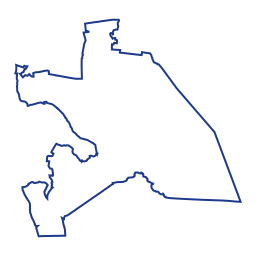 Sarichioi, Romania
{"feature_id": "2599482B95501245922169", "entity_name": "Sarichioi", "entity_type": "district", "adm_level": 2, "iso_a3": "ROU", "parent_name": "Romania", "parent_adm1": "", "projection": "robinson", "projection_center": [28.799, 44.916], "detail": "fine", "context": "isolated", "style": "outline", "palette": "blue", "viewbox_px": 256, "rotation_deg": 0, "n_neighbors": 0, "source": "geoboundaries", "source_scale": "gbopen_adm2", "svg_char_len": 5605}
<svg xmlns="http://www.w3.org/2000/svg" viewBox="0 0 256 256"><path d="M214.5,132.1L176.7,88.3L162.8,69.3L159.0,64.6L158.6,64.4L157.6,64.3L157.3,63.6L156.4,63.5L155.0,62.7L153.9,62.4L153.5,61.5L153.2,60.5L152.3,58.9L152.3,57.9L151.7,56.9L151.3,55.1L150.1,53.4L142.0,52.2L141.6,55.1L119.8,52.6L120.2,50.0L111.9,49.5L112.1,48.4L111.8,47.5L112.0,44.3L113.5,44.5L114.2,42.8L116.8,43.3L117.0,41.7L117.0,40.8L116.7,39.9L115.2,39.6L115.2,38.0L113.4,38.3L112.6,38.7L112.4,38.5L112.4,38.0L110.7,35.9L110.2,34.5L110.2,33.6L110.6,33.1L110.9,33.0L112.8,33.7L112.9,34.6L113.3,35.1L113.1,34.5L112.8,32.3L113.5,30.4L113.9,30.1L114.5,30.1L115.5,29.6L117.4,29.6L118.3,26.1L117.8,24.7L117.7,23.6L117.8,22.8L118.5,21.8L119.0,20.5L118.8,19.8L112.6,19.7L99.6,21.5L97.3,22.0L96.8,21.9L87.9,23.2L85.1,23.7L85.8,30.8L87.2,31.0L89.3,31.8L83.6,32.6L84.1,34.8L85.5,39.7L85.6,40.7L84.4,43.1L82.5,53.1L82.5,54.0L83.0,54.8L82.4,55.8L82.2,58.3L81.7,58.6L81.6,65.5L81.9,78.7L77.3,78.8L75.2,78.7L69.1,77.7L57.6,75.6L56.8,75.4L56.1,75.6L55.5,75.2L49.0,74.1L49.2,73.1L48.7,72.3L48.9,71.3L47.8,70.5L46.7,70.5L44.7,70.9L43.4,71.0L42.9,71.3L38.9,72.1L35.5,72.3L33.2,73.2L33.6,76.6L32.8,76.7L32.0,76.6L30.5,75.7L29.8,74.6L29.2,74.1L27.4,75.8L25.2,75.1L22.9,77.3L20.4,74.2L20.8,74.3L21.0,74.2L21.2,73.3L21.5,73.0L22.7,72.3L23.3,72.2L23.6,71.9L23.5,71.6L24.8,69.1L25.4,69.3L27.0,67.1L27.3,66.3L25.2,66.3L24.3,65.8L23.8,66.3L23.4,67.5L16.2,65.0L16.4,66.5L16.2,70.7L15.4,73.4L17.1,73.5L17.0,75.9L16.8,76.0L16.8,79.2L17.4,80.2L17.5,81.2L17.1,82.6L17.3,84.9L16.9,86.5L16.9,86.8L17.1,87.1L17.2,88.7L17.1,90.0L17.5,91.5L17.4,91.8L18.3,92.9L18.8,94.0L19.6,98.3L20.3,100.0L20.6,100.5L21.2,100.9L22.1,101.2L24.8,101.6L25.9,102.1L26.6,103.0L27.3,103.7L27.6,105.7L27.9,106.0L30.5,104.9L32.7,104.6L38.5,102.9L40.4,102.5L41.7,102.7L42.8,103.5L44.6,103.8L44.7,103.3L44.2,102.1L45.7,101.7L46.0,101.7L46.9,102.3L47.0,102.6L46.9,102.8L47.5,103.1L51.5,104.0L53.5,105.1L55.3,106.5L56.6,107.8L57.1,107.9L57.0,108.2L59.1,109.8L60.4,111.3L61.3,112.0L61.6,112.6L62.7,113.4L63.6,114.7L64.9,116.7L65.2,117.6L65.7,117.9L65.7,118.1L66.6,119.0L66.8,119.8L67.4,120.9L68.0,121.3L69.1,122.8L70.4,125.7L70.6,126.9L71.3,127.6L71.9,128.5L72.4,130.4L73.1,131.6L75.7,133.6L77.5,135.7L78.8,136.6L80.4,138.2L82.9,138.8L85.2,139.5L86.5,139.7L87.7,140.1L92.2,142.8L93.2,143.0L94.0,144.0L95.3,144.8L95.9,148.8L96.8,152.8L97.5,153.4L97.2,154.1L97.1,154.4L97.0,154.2L96.3,153.9L96.1,154.9L94.2,156.4L93.1,156.4L90.9,155.6L89.7,155.9L89.7,156.9L89.9,157.4L89.6,158.0L87.6,159.2L86.9,160.1L86.8,160.6L86.5,160.8L85.7,161.1L84.5,161.4L82.6,161.1L82.0,161.6L82.0,160.9L81.4,161.1L81.2,161.4L81.3,161.6L81.1,161.4L81.2,161.0L80.6,160.9L80.4,161.1L80.6,160.6L80.2,160.7L79.8,160.4L78.6,158.5L77.6,157.4L76.5,155.7L76.0,155.2L73.9,154.4L73.5,153.6L72.9,153.1L72.6,152.5L72.5,151.1L72.6,150.8L72.5,150.5L72.9,149.4L72.9,148.8L71.0,147.1L68.6,145.5L66.8,145.2L65.5,145.8L64.1,145.2L62.5,145.8L61.7,145.9L61.1,145.8L60.5,145.3L58.4,144.8L56.5,143.7L55.9,144.3L51.3,152.1L51.4,152.5L53.5,153.6L52.5,155.9L51.9,156.2L48.2,155.9L47.1,156.8L47.2,157.2L46.8,161.2L49.2,161.3L48.5,165.8L49.2,167.2L50.1,168.5L51.8,168.8L52.0,169.0L52.4,169.6L52.7,172.4L52.9,172.7L53.0,175.2L52.8,175.7L52.3,175.9L51.1,175.3L50.6,175.7L49.6,175.5L49.8,176.0L49.6,177.1L51.8,179.9L52.0,181.4L52.3,181.9L52.0,182.0L51.8,182.6L51.6,182.7L51.6,183.3L52.1,184.0L52.1,184.6L51.8,184.9L51.9,186.3L51.7,186.3L51.5,187.0L52.7,187.5L51.3,188.9L48.8,192.2L47.4,195.3L47.3,196.4L47.3,198.6L45.9,197.0L46.0,196.7L45.9,196.2L45.0,195.1L44.3,191.9L45.1,190.5L45.2,189.9L46.1,188.8L46.2,188.0L46.6,187.5L46.8,186.4L47.5,185.9L47.6,185.6L47.6,184.8L46.1,183.3L45.3,182.8L44.0,182.4L42.3,182.5L40.2,182.0L39.5,181.7L39.0,181.8L38.2,182.4L34.3,183.1L33.0,182.2L32.0,182.0L31.2,182.3L30.2,183.1L29.0,183.5L28.4,183.9L28.3,184.1L28.6,184.5L28.5,184.8L26.2,186.4L24.9,186.9L22.4,187.2L22.7,190.2L23.3,191.2L23.6,192.2L24.8,195.0L25.4,195.8L26.3,197.6L26.9,198.3L27.7,199.9L28.7,201.2L29.8,203.3L29.9,205.1L30.1,205.8L30.0,206.2L29.9,208.1L30.1,208.8L29.9,210.2L30.2,211.7L30.1,212.6L30.8,214.1L31.6,217.1L31.8,217.2L32.3,218.6L34.0,221.7L34.1,222.3L34.5,223.0L35.0,224.2L34.8,224.5L35.5,225.6L35.9,226.1L37.6,226.0L36.4,227.1L36.5,227.3L36.2,227.8L38.7,236.3L41.9,236.1L65.3,235.7L65.0,230.6L64.6,227.7L64.5,227.4L64.4,227.5L63.7,225.2L63.2,222.9L62.8,220.3L62.0,217.9L64.0,218.9L64.0,218.5L64.7,216.2L67.6,215.3L101.3,192.0L111.8,184.6L113.0,184.1L112.7,183.0L116.2,182.4L117.2,182.1L122.6,182.0L126.2,180.8L126.3,180.7L126.2,180.6L126.5,180.4L127.0,179.5L127.0,179.0L128.2,178.1L128.3,177.7L132.0,177.4L133.6,176.9L134.4,176.4L134.3,176.0L134.7,175.5L134.5,174.9L134.6,174.7L134.5,174.0L134.9,173.4L135.1,172.7L135.6,172.5L137.1,172.6L138.0,172.5L139.5,173.3L140.8,173.3L141.2,172.6L142.1,173.0L142.2,173.5L142.7,173.5L143.0,173.7L142.9,174.1L143.2,174.4L143.2,174.7L143.1,174.8L143.3,175.1L143.2,176.2L144.1,176.8L145.2,176.9L146.4,177.4L146.6,177.8L146.6,178.3L147.4,178.8L147.6,179.2L147.6,179.6L147.3,180.7L148.0,181.4L148.7,181.8L149.3,181.8L149.4,182.0L150.3,182.3L151.4,183.0L152.3,183.3L152.1,183.4L152.7,184.2L151.8,184.5L151.6,185.0L151.4,185.2L151.5,187.5L151.6,188.0L152.8,189.6L153.0,190.1L153.8,190.7L155.3,191.0L155.6,191.5L155.9,191.6L157.3,191.6L158.2,191.9L158.8,192.4L159.4,193.5L161.0,194.2L163.1,194.6L163.3,193.9L163.4,194.0L163.4,194.4L163.7,194.6L163.7,194.9L163.9,195.2L164.1,196.2L164.3,196.4L164.5,196.5L164.7,196.8L165.2,197.1L165.6,196.9L165.7,197.3L166.5,197.6L169.7,198.1L179.4,198.7L202.0,199.8L222.3,200.5L228.9,200.9L235.2,201.5L240.6,201.8L214.5,132.1Z" fill="none" stroke="#1e3a8a" stroke-width="2"/></svg>